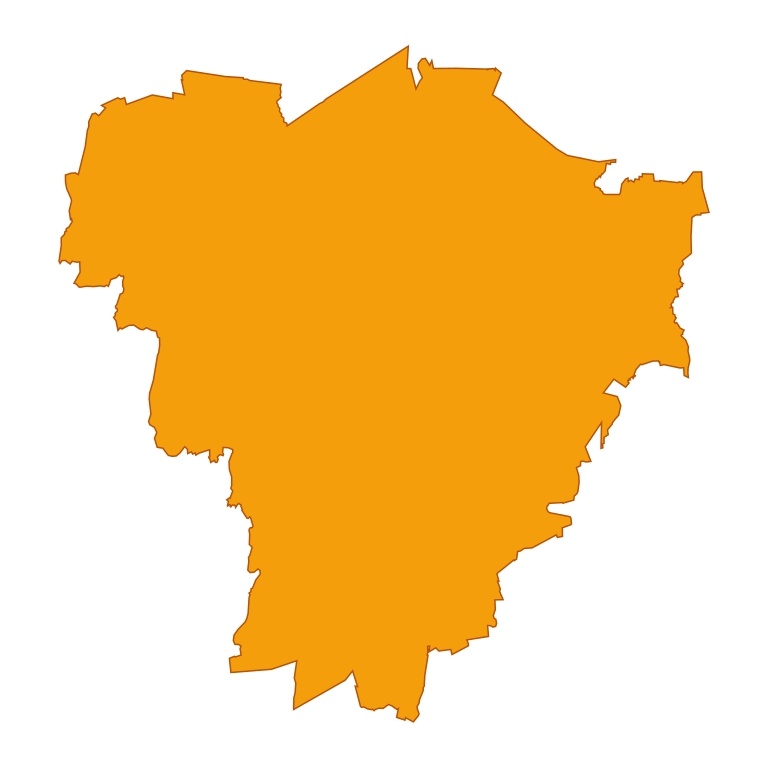 Manuel Doblado, Guanajuato, Mexico
{"feature_id": "50627088B80639754802347", "entity_name": "Manuel Doblado", "entity_type": "district", "adm_level": 2, "iso_a3": "MEX", "parent_name": "Mexico", "parent_adm1": "Guanajuato", "projection": "equal_earth", "projection_center": [-101.875, 20.693], "detail": "fine", "context": "isolated", "style": "filled", "palette": "amber", "viewbox_px": 768, "rotation_deg": 0, "n_neighbors": 0, "source": "geoboundaries", "source_scale": "gbopen_adm2", "svg_char_len": 6044}
<svg xmlns="http://www.w3.org/2000/svg" viewBox="0 0 768 768"><path d="M69.2,210.8L70.5,219.5L71.4,218.6L72.2,221.6L69.0,226.9L66.4,228.6L66.0,229.6L66.4,231.2L64.9,231.7L64.5,234.3L61.2,237.8L61.3,245.4L59.0,261.3L60.1,263.4L62.0,260.6L65.4,260.5L70.1,264.0L72.2,261.3L77.2,262.2L79.7,261.8L80.1,272.2L74.0,283.3L76.2,283.9L79.1,287.1L80.3,287.2L86.5,286.2L93.4,286.6L100.3,285.9L104.3,286.6L106.6,285.2L108.4,286.3L110.9,279.5L116.4,277.6L119.2,274.7L121.3,276.5L123.4,275.9L123.8,277.5L122.6,281.6L122.8,286.3L123.7,288.2L123.7,290.6L122.6,293.2L120.2,294.1L117.0,304.1L115.5,306.4L115.8,308.1L117.3,309.0L117.3,311.0L115.1,313.4L115.4,315.2L113.6,317.5L116.0,320.7L118.0,330.4L120.1,327.9L121.9,329.0L128.8,325.4L133.9,325.1L139.8,329.1L143.0,329.8L146.6,327.7L151.3,330.2L156.3,331.2L157.6,337.0L159.5,338.1L159.7,345.2L158.7,352.5L157.5,355.3L153.4,380.1L149.6,393.3L149.2,399.0L150.9,414.1L148.6,421.4L149.7,424.6L154.4,427.4L156.8,432.4L154.5,438.3L157.2,447.3L162.8,448.2L168.3,455.4L172.2,456.3L176.2,456.0L180.2,452.7L184.7,446.7L187.4,449.3L187.7,453.6L191.4,451.8L192.6,454.1L195.2,453.0L195.8,455.1L198.9,453.2L209.6,449.7L209.7,456.8L209.0,456.6L208.7,457.6L210.1,459.6L210.6,462.5L214.5,460.4L215.4,462.4L216.5,462.5L217.3,461.9L218.1,459.3L217.4,456.9L220.0,454.6L223.1,455.6L223.5,454.4L222.6,452.4L223.1,447.5L228.1,447.7L232.7,449.6L232.8,452.7L232.0,453.3L229.0,461.5L229.4,469.6L231.7,477.1L231.7,485.5L230.8,488.3L232.7,491.0L230.1,498.1L229.7,497.7L226.7,499.8L228.4,501.4L227.3,506.5L228.9,504.6L229.9,504.8L230.2,506.6L230.9,506.9L232.3,505.0L235.0,505.2L235.6,507.5L237.7,504.3L238.9,503.5L241.2,505.2L240.9,506.2L242.3,509.4L241.8,510.2L247.0,518.2L248.2,518.4L249.4,517.0L250.5,517.4L253.0,526.0L252.4,527.5L250.3,527.8L249.4,528.8L249.0,530.6L249.7,533.7L249.3,544.4L252.1,547.2L250.1,554.5L248.5,557.7L248.8,561.2L247.8,570.1L250.1,572.6L254.2,572.1L258.0,569.0L259.9,570.5L260.2,573.1L260.0,574.5L255.8,579.9L252.5,588.2L251.1,588.7L250.8,591.7L249.0,593.1L250.0,594.7L249.1,597.3L248.1,613.5L246.8,618.5L245.2,621.9L238.2,629.3L234.1,635.0L233.3,640.5L234.9,644.4L238.6,644.5L240.9,646.0L240.1,648.9L241.1,655.1L235.4,656.9L234.4,656.3L229.4,658.3L230.9,672.5L271.4,669.3L296.8,660.7L294.3,678.1L295.8,683.2L295.1,692.9L293.9,697.7L293.6,709.5L345.3,680.1L352.6,670.9L357.6,686.6L355.2,686.1L360.5,706.5L361.6,707.3L364.1,707.0L367.5,708.9L371.7,709.7L372.7,709.2L374.1,710.7L375.4,709.4L378.9,708.2L383.1,708.4L388.5,704.5L391.8,705.8L396.7,709.3L398.4,708.5L396.6,717.4L405.0,720.1L405.5,717.7L413.4,721.9L418.6,715.3L419.0,713.6L417.2,708.4L417.1,706.3L418.9,703.5L419.7,699.2L423.1,690.9L423.3,687.6L424.2,686.2L424.8,675.6L428.0,655.3L427.2,655.0L427.9,651.9L427.6,646.4L429.6,646.1L428.9,651.9L435.8,647.8L438.8,651.0L450.7,649.5L452.0,654.5L468.4,645.8L468.4,643.8L466.9,639.9L488.5,636.4L487.6,625.5L490.6,625.7L492.8,627.1L495.6,626.4L496.6,623.5L495.8,619.2L494.2,618.4L493.3,615.7L495.3,609.6L494.9,599.9L503.1,599.7L499.6,591.4L500.3,589.1L497.5,581.2L498.9,581.2L496.9,573.6L513.7,560.0L514.2,560.6L516.6,559.2L517.6,551.5L520.1,551.1L524.3,548.4L532.0,547.9L556.3,534.9L557.4,537.4L562.5,536.4L562.3,527.8L570.9,524.7L571.5,523.5L570.9,518.1L569.9,516.7L549.6,512.7L548.1,511.6L546.8,509.2L546.7,507.3L549.2,503.3L562.3,502.6L562.9,503.2L573.8,500.1L574.2,496.1L576.9,493.7L577.9,491.4L579.1,481.9L578.8,475.7L576.4,467.6L580.5,465.8L580.7,461.5L582.4,461.1L586.3,462.0L590.9,461.4L585.2,446.8L601.5,422.5L601.0,448.4L602.9,447.8L602.5,444.0L604.0,443.5L604.1,437.4L608.2,434.7L607.5,429.8L612.1,424.3L612.2,423.1L615.4,418.8L618.7,415.2L620.8,405.7L617.3,396.6L603.3,392.9L613.9,379.2L625.6,387.2L629.1,382.9L628.4,382.4L627.8,380.5L630.2,379.9L629.2,379.0L633.0,376.3L633.0,379.3L633.4,376.5L634.4,376.8L635.4,375.8L634.1,374.7L636.0,369.5L640.5,364.3L641.8,364.7L652.7,361.1L658.5,360.9L659.1,362.2L659.6,361.9L660.3,365.5L664.0,364.6L680.1,368.0L683.7,367.7L684.2,375.5L688.4,377.5L687.9,373.3L688.1,368.0L689.7,361.3L689.6,357.9L688.0,351.1L688.4,346.9L685.7,340.0L681.2,336.0L681.2,335.1L682.8,334.2L682.5,332.9L684.1,330.1L680.3,328.3L676.7,322.6L675.1,323.1L674.1,321.5L676.2,317.8L675.5,317.5L674.7,314.7L672.9,313.9L672.7,307.3L670.6,307.6L671.6,306.5L671.0,304.7L671.6,303.2L673.0,302.5L673.3,300.5L675.4,297.0L678.4,296.6L676.8,289.2L679.5,288.9L680.7,286.8L682.3,286.5L682.2,283.9L683.2,283.7L680.2,281.3L680.7,278.9L678.7,274.0L679.2,269.4L683.4,264.3L682.3,260.7L691.4,253.3L691.0,236.8L692.0,217.4L695.7,215.0L700.8,214.9L700.9,213.3L709.0,212.4L702.3,188.0L701.6,171.9L693.1,172.0L686.4,181.4L682.7,183.5L682.5,182.3L678.9,181.9L677.8,182.6L659.7,180.6L659.8,181.5L654.1,181.0L653.3,174.1L642.3,173.8L642.3,176.8L639.2,176.5L639.1,179.6L635.1,179.0L633.9,182.2L630.9,180.2L628.3,181.6L628.0,178.0L625.7,179.0L621.8,184.0L620.4,192.7L619.5,194.5L605.1,194.5L603.1,193.7L602.6,191.8L600.1,189.9L600.3,188.7L597.3,187.2L595.0,187.1L594.2,183.0L596.3,178.8L597.2,179.1L599.4,176.1L600.3,177.3L601.7,174.0L602.6,174.0L605.2,170.9L606.3,163.5L610.4,164.3L610.9,162.2L615.6,162.3L615.7,159.6L598.5,161.8L567.2,155.4L556.7,149.0L525.4,123.3L503.2,102.0L492.5,94.8L501.2,73.0L495.5,68.2L495.1,70.4L493.9,68.6L487.3,69.0L487.7,69.6L487.1,69.7L486.4,69.1L456.6,68.3L433.5,68.5L431.8,60.6L429.7,65.4L425.4,58.4L422.0,58.9L418.4,63.4L418.1,68.4L422.4,77.9L419.7,81.3L416.0,89.0L410.8,68.6L407.0,68.5L408.3,46.1L326.0,99.1L323.0,102.0L319.5,103.7L287.1,125.9L286.8,123.2L283.8,121.9L283.7,118.1L281.3,115.9L281.7,114.0L279.5,111.5L279.8,108.2L278.2,106.7L277.9,104.3L276.7,102.9L277.0,101.0L281.1,97.6L280.1,95.2L280.9,91.9L280.2,88.4L281.2,84.4L249.8,80.5L247.3,79.2L243.5,79.2L243.2,77.7L225.7,76.6L186.6,70.6L181.7,75.3L182.6,79.9L181.4,79.7L184.7,94.8L172.9,92.7L172.9,98.7L152.3,95.0L126.4,104.5L124.6,97.7L120.6,99.2L117.8,97.8L101.5,105.4L105.6,107.9L98.8,115.7L95.4,113.1L92.2,114.0L88.7,121.8L88.8,126.5L87.4,130.3L85.2,146.9L78.3,174.6L75.4,172.9L71.1,173.2L65.4,175.0L65.5,181.9L66.6,188.4L71.3,199.2L71.5,201.3L69.2,210.8Z" fill="#f59e0b" stroke="#b45309" stroke-width="1.5"/></svg>